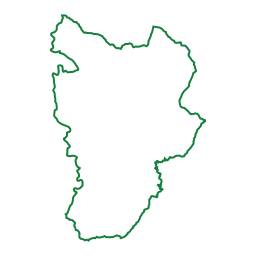 outline of Gachantivá, Boyacá, Colombia
{"feature_id": "7082276B31278736164572", "entity_name": "Gachantivá", "entity_type": "district", "adm_level": 2, "iso_a3": "COL", "parent_name": "Colombia", "parent_adm1": "Boyacá", "projection": "orthographic", "projection_center": [-73.547, 5.741], "detail": "fine", "context": "isolated", "style": "outline", "palette": "green", "viewbox_px": 256, "rotation_deg": 0, "n_neighbors": 0, "source": "geoboundaries", "source_scale": "gbopen_adm2", "svg_char_len": 5672}
<svg xmlns="http://www.w3.org/2000/svg" viewBox="0 0 256 256"><path d="M194.2,62.5L191.7,60.2L190.8,58.6L188.7,55.8L188.6,54.3L189.5,51.6L189.5,50.8L186.3,46.6L185.0,45.6L182.3,45.5L181.4,45.3L180.9,42.6L180.4,42.3L179.2,42.7L176.7,42.8L175.1,42.6L174.6,42.2L174.2,40.8L172.8,40.3L171.2,39.0L169.5,37.1L168.7,37.0L168.2,36.6L167.9,35.9L166.3,33.9L166.0,32.1L164.1,31.3L162.2,29.1L159.7,27.6L153.4,26.6L152.2,31.9L151.0,34.5L150.7,36.1L148.4,41.5L148.5,43.0L148.3,43.8L147.8,45.0L146.7,46.2L144.5,45.4L143.4,45.2L141.0,46.1L138.9,46.7L135.3,46.6L133.7,47.3L133.3,47.2L133.1,46.9L131.8,44.2L130.9,43.6L129.5,43.4L128.2,44.0L125.1,44.0L124.2,45.0L122.3,45.7L121.9,46.5L121.9,47.4L121.0,48.1L120.9,48.8L118.4,48.1L116.8,48.2L116.4,48.1L114.7,46.7L113.9,45.3L113.3,45.1L113.1,44.6L112.9,44.5L111.5,44.5L110.8,44.8L110.2,44.8L106.2,41.5L105.6,40.4L105.6,39.8L104.8,39.2L104.6,38.6L104.0,38.4L102.5,36.6L102.3,36.1L98.0,34.3L95.5,34.0L93.8,34.1L92.5,33.4L91.3,33.2L86.6,32.9L85.5,32.5L84.8,32.7L83.9,32.6L81.4,29.4L81.0,28.0L80.1,26.8L79.4,26.4L78.9,24.5L77.0,23.1L76.6,22.2L76.3,22.0L74.6,22.1L73.4,21.5L72.0,19.9L71.5,19.5L70.6,19.4L69.1,17.8L67.7,17.6L66.8,17.2L66.4,16.1L66.0,15.8L64.6,15.4L62.1,15.4L62.8,17.5L62.8,18.4L61.7,21.1L61.4,22.4L60.7,22.9L59.1,23.4L57.1,25.5L56.8,26.1L56.7,29.6L56.1,30.7L54.6,32.1L52.1,32.9L51.3,33.6L51.1,34.1L51.2,35.0L53.9,37.5L54.3,38.1L54.4,38.9L54.2,40.0L52.0,43.0L53.1,46.0L53.2,47.7L52.2,48.7L50.8,49.5L50.9,50.0L51.2,50.7L52.5,51.4L54.2,52.1L55.7,52.3L57.3,52.1L59.4,51.2L59.8,51.2L59.9,53.0L60.9,53.3L61.8,53.4L63.1,54.0L64.6,54.8L68.3,57.9L71.9,59.9L73.5,61.5L74.9,63.3L77.9,68.0L78.2,68.7L78.2,69.5L77.9,70.0L75.6,70.6L73.3,71.8L68.1,72.3L67.5,72.2L65.9,70.9L65.4,70.7L63.8,71.8L63.2,71.7L62.7,70.7L62.7,68.4L62.3,66.3L61.9,65.8L61.2,65.5L59.2,65.4L58.6,65.6L58.1,66.2L58.7,70.9L58.6,72.9L57.9,74.7L57.4,75.0L56.9,74.9L53.7,73.3L53.4,73.3L52.9,73.8L52.6,75.6L53.7,77.8L54.1,82.6L54.8,86.6L54.7,87.4L53.4,89.8L53.3,90.8L54.5,92.7L54.7,93.5L54.8,96.4L55.4,99.2L55.1,101.3L56.4,103.7L56.8,107.3L56.5,109.6L55.3,110.0L54.7,110.5L54.1,115.3L54.6,116.6L56.8,118.9L57.6,121.0L58.9,122.3L61.6,124.1L68.6,126.9L70.1,128.7L70.4,129.9L70.1,131.1L69.4,131.9L67.5,132.4L67.0,132.7L67.1,134.6L66.9,136.0L65.1,138.1L64.1,138.4L63.9,139.4L65.1,140.7L67.1,142.2L68.0,143.8L69.3,145.2L69.9,146.4L69.3,147.4L67.6,148.4L67.4,148.9L67.3,153.9L67.0,154.4L67.0,154.9L67.4,155.6L68.3,156.0L70.5,156.2L71.7,155.8L73.5,155.7L75.4,156.3L76.6,157.0L76.9,157.5L76.8,158.0L75.8,159.5L75.5,160.5L76.2,164.6L77.6,166.9L79.8,168.1L79.5,168.7L77.5,170.4L77.2,170.8L77.4,171.6L78.9,174.3L79.1,176.2L78.9,176.7L77.4,178.3L77.1,179.0L77.4,180.4L78.0,180.8L79.0,180.8L80.1,180.1L81.0,179.9L81.4,180.0L82.2,180.9L82.6,182.0L82.4,185.9L81.2,186.8L80.1,188.1L78.7,188.7L77.6,188.9L75.1,188.2L74.0,188.9L73.9,189.5L74.3,190.9L75.1,191.7L76.1,191.8L76.5,192.3L76.6,192.9L73.6,196.6L73.0,198.1L72.8,200.8L72.0,203.5L71.6,204.3L70.1,205.9L67.6,212.7L67.0,213.7L66.3,213.8L65.7,214.2L66.3,215.2L66.5,218.1L69.0,218.8L69.6,219.9L70.7,219.8L72.4,220.2L75.1,222.9L74.9,223.8L74.4,224.6L74.3,226.2L75.2,227.5L75.8,230.0L77.7,230.4L78.9,231.9L79.5,233.5L79.3,237.1L80.5,238.6L83.8,239.5L85.1,240.4L85.8,239.9L86.8,239.7L88.6,240.6L88.9,240.4L89.0,239.6L89.6,239.3L91.7,238.4L93.9,237.9L95.4,238.2L96.7,236.8L98.4,237.5L99.3,237.6L102.8,236.9L104.7,236.1L106.1,237.2L108.2,237.1L109.2,237.3L113.4,236.9L116.8,235.4L119.6,236.2L120.4,236.8L120.6,238.1L120.9,238.2L124.6,236.6L125.3,236.1L126.8,234.5L127.4,234.3L127.9,232.7L128.6,232.5L129.8,231.6L131.4,229.2L133.1,227.8L133.3,227.6L133.0,226.9L133.1,226.5L134.8,225.3L136.0,224.0L136.3,223.7L136.4,222.7L137.9,222.0L139.7,218.7L140.3,216.7L141.5,215.0L141.9,213.9L144.1,211.6L144.2,210.1L144.8,209.6L147.5,208.6L148.6,207.9L148.7,205.7L149.3,204.6L149.3,199.6L150.5,198.3L151.2,196.4L151.6,196.1L152.7,196.1L153.6,196.5L155.5,196.6L156.2,197.2L157.2,197.0L157.4,196.8L157.4,195.9L157.0,194.9L157.5,194.4L157.9,192.8L159.0,191.9L160.6,191.4L161.2,190.4L162.5,189.4L162.4,189.1L161.0,189.2L159.9,188.7L159.9,188.3L160.6,187.9L160.8,187.0L159.4,186.7L157.9,185.1L158.2,184.8L160.7,185.0L161.0,184.8L161.1,184.6L160.8,183.8L161.6,181.7L161.3,179.9L159.5,178.7L159.1,178.1L159.4,177.3L159.4,176.6L160.0,176.3L159.8,175.4L160.2,174.9L160.6,174.0L159.8,173.2L158.0,172.8L157.0,171.3L157.6,170.5L157.7,169.7L157.3,169.4L156.8,169.5L155.2,168.4L155.3,168.0L155.9,167.8L157.0,168.3L157.2,167.8L157.2,167.1L156.5,166.7L155.8,165.4L156.4,164.2L156.4,163.4L155.2,163.0L155.4,162.4L157.3,160.9L157.9,161.2L158.4,162.4L159.4,162.0L161.1,162.2L162.0,162.1L162.4,161.2L163.0,160.6L163.8,160.8L165.1,160.5L164.6,159.8L164.8,158.5L166.2,159.9L167.4,160.3L168.1,159.8L168.7,158.8L169.4,158.3L169.6,157.4L169.9,157.2L170.3,157.2L170.7,157.7L171.8,157.4L172.8,157.7L174.4,157.0L175.2,156.2L177.6,155.6L179.7,155.7L181.6,156.6L183.7,156.4L184.2,156.1L184.5,155.2L185.0,154.9L185.4,154.1L187.1,152.9L187.5,151.1L190.2,148.4L193.0,144.5L193.7,142.8L193.4,141.5L194.2,139.5L194.2,138.8L194.0,138.5L195.2,136.8L195.6,133.9L196.8,131.9L196.8,131.0L197.8,129.2L198.8,128.4L201.0,125.6L201.0,124.8L201.6,123.4L202.5,123.2L203.0,122.9L203.2,122.4L203.7,122.4L205.2,121.0L205.2,120.6L204.7,119.9L203.7,120.1L202.3,118.8L200.8,118.7L200.1,118.2L198.3,114.7L197.2,113.8L195.4,113.4L192.6,114.1L190.4,114.0L188.6,111.8L187.4,110.7L186.9,109.9L185.3,108.9L184.6,108.0L182.6,107.6L181.3,107.0L180.6,106.2L180.0,104.7L179.4,100.4L180.5,98.3L182.1,94.4L183.2,92.3L184.6,90.6L188.0,87.4L189.0,86.0L189.3,83.0L192.4,76.4L193.3,73.2L193.5,72.9L194.1,72.6L196.0,71.1L196.0,70.5L195.0,67.8L194.7,65.9L193.8,64.4L194.2,62.5Z" fill="none" stroke="#15803d" stroke-width="2"/></svg>